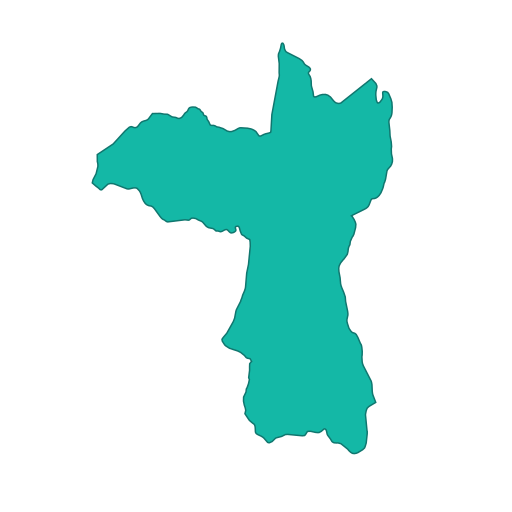 outline of Khon Kaen, rotated 353°
{"feature_id": "THA-438", "entity_name": "Khon Kaen", "entity_type": "Province", "adm_level": 1, "iso_a3": "THA", "parent_name": "Thailand", "parent_adm1": "", "projection": "equal_earth", "projection_center": [102.567, 16.348], "detail": "fine", "context": "isolated", "style": "filled", "palette": "teal", "viewbox_px": 512, "rotation_deg": 353, "n_neighbors": 0, "source": "natural_earth", "source_scale": "10m", "svg_char_len": 6125}
<svg xmlns="http://www.w3.org/2000/svg" viewBox="0 0 512 512"><g transform="rotate(353 256 256)"><path d="M152.3,113.9L153.5,113.6L154.6,112.8L157.6,109.8L159.1,108.9L160.9,108.4L163.6,108.0L165.2,107.4L166.4,106.4L167.1,105.6L170.6,102.0L178.3,102.8L182.1,104.0L185.3,104.5L185.9,104.8L188.7,107.0L189.9,107.8L193.3,108.7L195.3,109.9L196.9,110.1L198.0,109.8L199.1,109.4L201.5,107.2L202.1,106.4L202.7,105.8L203.4,105.2L204.7,104.6L205.4,104.0L206.0,103.4L206.8,102.0L207.7,101.0L208.5,100.6L209.7,100.4L211.4,100.4L214.0,100.9L215.1,101.6L216.4,102.8L217.8,103.4L218.2,103.9L218.9,105.4L219.3,106.0L220.3,106.9L220.8,107.5L221.1,109.2L221.4,109.9L222.0,110.4L223.3,111.0L223.7,111.5L224.0,112.3L224.1,114.0L224.3,114.8L225.4,116.8L226.4,120.1L227.0,120.7L228.0,121.0L229.9,121.2L231.5,122.0L232.7,123.0L235.3,123.8L235.8,124.1L238.8,125.5L242.7,128.5L245.1,129.4L247.1,129.5L250.5,128.7L254.0,127.2L255.7,126.8L256.6,126.9L263.1,128.1L266.4,129.2L267.8,129.9L269.2,130.8L270.5,131.9L271.1,132.5L273.5,137.0L274.3,137.4L275.3,137.5L278.6,136.3L280.4,135.9L283.9,135.5L285.1,135.2L285.6,135.0L286.1,133.5L289.0,117.5L299.2,85.3L300.7,81.3L301.0,80.4L301.2,79.3L301.3,76.9L302.5,67.8L302.5,60.5L302.7,59.3L302.9,58.3L303.3,57.5L304.2,56.0L305.7,52.7L306.9,49.0L307.4,48.2L308.0,47.9L308.7,48.2L309.3,49.6L309.5,51.0L309.5,53.5L309.7,54.5L310.3,56.2L310.8,57.0L311.9,57.9L322.9,65.3L325.3,67.4L325.8,68.0L326.6,69.3L327.4,71.2L327.9,71.9L328.7,72.7L331.6,75.0L332.4,76.1L332.8,77.1L332.6,78.0L332.2,78.7L330.9,79.8L330.4,80.4L330.3,81.2L330.5,82.0L331.6,84.4L332.0,86.5L332.1,88.9L331.7,93.6L331.8,94.7L332.6,100.0L332.6,103.6L332.7,104.7L333.6,105.3L335.1,105.3L339.1,104.1L341.6,103.8L344.6,104.1L346.9,105.1L349.3,107.3L352.0,111.6L353.1,112.9L353.7,113.5L354.4,113.9L355.9,114.5L356.8,114.7L358.7,114.6L392.2,94.1L396.0,99.4L396.7,102.0L396.5,103.4L395.2,107.0L394.8,108.7L394.5,110.9L394.4,115.6L394.8,117.7L395.4,118.9L396.1,119.0L396.8,118.9L397.6,118.5L399.3,116.8L400.4,115.6L400.8,114.8L401.2,113.9L401.4,113.0L401.5,111.9L401.6,109.7L401.8,108.8L402.4,108.4L403.4,108.3L404.7,108.6L406.6,109.6L407.5,111.2L409.0,116.4L409.6,120.1L409.3,125.0L408.4,130.4L407.8,132.4L407.0,134.0L406.0,135.4L405.0,136.6L404.5,137.8L404.2,139.4L404.1,147.7L403.7,153.3L404.1,159.2L404.0,162.0L403.9,163.9L403.3,166.3L402.9,171.2L403.3,175.7L403.2,177.0L402.9,178.9L401.9,181.3L400.4,183.4L399.7,183.9L397.3,186.1L396.4,187.4L394.0,195.4L393.2,197.3L392.5,198.7L392.0,199.3L390.7,203.0L389.9,204.7L387.7,208.5L385.6,210.9L383.9,212.2L382.3,213.0L380.6,213.4L378.9,213.3L378.1,213.4L377.4,213.9L376.9,214.5L374.5,219.0L373.3,220.6L372.1,221.5L370.7,222.3L357.4,227.0L355.6,227.8L356.3,228.5L357.8,231.7L358.7,234.5L359.0,236.6L358.3,240.0L355.8,246.3L354.6,248.2L354.1,248.6L353.6,249.3L351.4,253.0L350.6,256.1L350.2,256.8L349.7,257.4L349.1,258.5L348.5,260.0L347.8,262.9L346.8,265.5L342.8,269.8L342.2,270.2L339.3,273.0L338.3,274.4L337.4,275.8L337.0,276.9L336.6,278.4L336.4,281.6L336.8,287.9L336.6,293.9L336.8,295.8L337.3,298.1L338.6,302.6L339.6,307.5L339.4,312.1L340.2,321.9L340.2,324.2L340.0,325.8L338.4,330.5L338.3,332.2L338.6,334.6L339.5,339.2L341.1,342.3L342.3,343.7L344.1,344.5L344.8,344.9L345.9,346.1L347.2,349.3L349.0,355.6L349.5,356.5L349.8,357.9L349.9,359.8L349.8,363.7L349.3,367.1L348.8,369.0L348.5,373.7L348.6,375.7L349.2,378.2L355.1,394.3L355.3,395.8L355.4,397.9L354.9,404.2L354.9,406.7L355.1,408.2L357.0,415.9L350.2,418.9L349.2,419.5L347.8,420.6L347.2,421.6L346.4,423.3L345.5,426.1L345.3,427.1L344.9,442.6L345.0,443.8L344.7,446.0L342.6,455.0L341.3,458.0L340.4,459.7L338.2,461.3L333.1,463.6L331.4,464.0L329.5,464.1L327.9,463.7L327.2,463.3L326.0,462.3L324.4,460.4L323.5,458.9L317.5,452.7L316.3,452.2L314.6,451.5L313.2,451.4L310.7,450.9L309.6,450.2L308.8,449.4L307.5,446.5L305.6,443.2L305.2,442.4L304.9,441.4L304.7,438.8L304.3,436.9L303.6,436.2L302.8,435.9L302.1,436.2L299.4,438.0L297.1,438.9L295.6,438.8L293.5,438.3L289.0,436.7L286.9,436.4L285.6,436.5L283.5,439.1L282.9,439.7L282.3,440.1L280.1,440.1L265.6,436.9L263.4,436.8L259.5,438.2L254.3,438.9L253.5,439.1L252.8,439.5L249.4,442.1L246.6,443.0L245.6,442.8L244.8,442.4L241.5,437.5L240.5,436.5L239.1,435.4L236.2,433.6L234.8,432.5L234.1,431.3L234.0,430.2L234.3,426.4L234.3,425.4L234.2,424.3L233.9,423.3L233.5,422.6L232.3,421.5L229.5,418.5L228.7,417.0L225.8,411.2L227.0,408.0L226.8,405.4L226.2,402.4L225.9,398.5L226.5,394.5L229.5,389.8L230.2,386.8L231.1,385.6L233.0,381.8L234.4,377.8L233.9,375.9L235.7,368.7L236.1,365.3L236.6,362.2L238.1,360.6L238.8,360.1L237.6,357.2L235.0,356.4L234.4,356.0L233.8,355.5L232.4,353.3L229.0,349.8L226.2,348.0L218.5,344.4L214.9,341.4L214.1,340.4L212.2,336.5L212.1,335.3L212.1,334.5L213.5,332.9L217.6,329.1L225.5,318.3L227.2,315.1L229.3,308.5L230.0,306.9L235.3,299.0L235.6,298.1L236.9,295.8L238.0,293.2L240.2,289.5L241.3,287.2L241.8,285.7L244.7,271.8L247.5,263.5L251.5,245.7L251.9,241.5L251.8,238.9L249.0,237.2L248.4,236.6L246.8,234.7L244.7,233.2L244.3,232.6L243.9,231.2L243.4,229.4L242.9,225.7L242.3,224.6L241.6,224.1L239.5,224.3L239.1,224.8L238.9,225.5L239.2,227.4L239.1,228.2L238.8,228.7L237.6,229.5L236.2,230.0L234.6,230.1L233.9,230.0L233.2,229.5L232.5,228.8L231.1,226.9L230.4,226.3L229.8,226.1L228.3,226.2L225.5,227.3L224.1,227.6L223.4,227.5L221.5,226.6L219.4,226.3L217.3,224.0L216.6,223.5L212.4,222.1L211.8,221.7L210.4,220.6L209.8,219.8L207.2,215.9L206.6,215.3L205.9,214.8L203.1,213.2L201.0,211.6L198.7,210.8L197.0,210.6L196.2,210.8L194.5,211.9L193.9,212.2L193.3,212.2L189.9,211.4L172.6,211.4L171.7,211.1L170.8,210.4L169.5,209.1L168.1,208.3L166.9,207.1L165.6,205.1L160.9,196.6L159.6,194.8L158.2,193.7L155.8,193.0L154.1,192.0L153.3,191.3L152.4,190.2L151.1,187.6L150.3,185.1L149.5,180.8L148.9,178.7L148.2,177.1L146.6,174.9L146.0,174.2L144.4,173.6L142.5,173.5L138.0,174.0L136.3,173.7L123.9,167.1L122.1,166.6L120.2,166.3L118.4,166.5L117.7,166.7L111.1,171.4L110.3,171.5L109.4,171.1L107.9,169.3L105.7,167.2L102.4,163.5L103.6,160.3L107.3,154.9L110.0,147.8L110.2,146.0L110.2,144.3L110.0,143.1L110.8,136.0L127.9,127.4L141.3,115.9L146.0,112.7L147.7,112.4L148.4,112.5L150.7,113.7L152.3,113.9Z" fill="#14b8a6" stroke="#0f766e" stroke-width="1.5"/></g></svg>